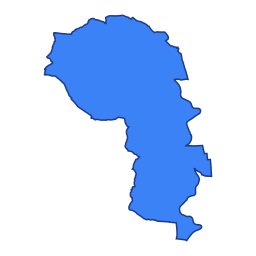 Barbatesti, Gorj, Romania (Natural Earth projection)
{"feature_id": "2599482B4781190450425", "entity_name": "Barbatesti", "entity_type": "district", "adm_level": 2, "iso_a3": "ROU", "parent_name": "Romania", "parent_adm1": "Gorj", "projection": "natural_earth1", "projection_center": [23.486, 44.864], "detail": "fine", "context": "isolated", "style": "filled", "palette": "blue", "viewbox_px": 256, "rotation_deg": 0, "n_neighbors": 0, "source": "geoboundaries", "source_scale": "gbopen_adm2", "svg_char_len": 5736}
<svg xmlns="http://www.w3.org/2000/svg" viewBox="0 0 256 256"><path d="M186.7,240.6L188.7,237.6L192.2,233.3L193.2,232.3L195.6,230.8L197.9,230.0L200.7,228.7L201.1,228.2L201.5,227.4L201.6,226.8L201.6,226.3L201.3,225.8L200.7,225.3L199.9,224.9L196.2,224.5L195.4,224.3L194.4,223.6L193.7,222.7L193.2,221.5L192.7,219.2L192.4,218.3L192.0,217.7L191.2,217.0L189.8,216.3L188.2,216.4L187.5,216.6L186.4,216.4L184.2,215.3L182.0,214.5L181.3,214.0L180.7,213.3L179.9,211.7L179.7,210.9L179.5,209.2L179.5,208.5L179.8,207.4L180.0,206.8L180.6,206.0L183.3,203.5L185.4,201.2L186.9,200.0L187.2,199.1L187.3,198.4L187.8,197.7L189.4,196.6L191.3,195.9L193.5,195.5L194.4,195.2L195.2,194.3L195.5,193.9L195.6,192.9L195.5,189.9L195.5,188.0L196.3,186.2L197.4,184.9L198.2,183.7L199.4,179.7L198.8,177.2L198.3,176.3L196.7,174.0L195.2,171.4L194.7,170.4L194.4,168.6L194.7,168.5L195.3,168.8L195.6,170.0L196.2,170.6L197.0,170.5L197.5,171.1L199.5,171.9L200.2,172.4L201.2,173.3L201.7,174.3L201.8,174.8L204.1,175.4L204.9,176.0L211.5,176.4L211.4,174.7L211.1,169.9L211.1,168.4L210.4,159.5L207.5,159.6L206.9,153.5L204.3,153.5L203.8,150.9L203.3,149.5L203.0,147.5L202.5,145.5L194.6,145.9L186.2,145.7L187.6,144.6L189.1,143.7L189.7,142.6L190.5,141.4L191.2,139.9L191.6,138.0L191.4,135.5L191.0,134.7L190.6,134.4L189.8,132.1L189.1,130.8L187.0,125.4L186.7,124.1L186.7,123.0L187.2,122.0L187.9,121.1L191.8,118.7L197.2,114.8L198.8,114.0L199.7,113.3L200.5,111.7L200.5,110.0L199.6,108.9L198.6,108.4L197.9,108.3L194.5,108.4L193.1,107.7L192.1,106.7L191.0,103.3L189.7,101.8L187.5,100.6L183.0,98.5L182.3,98.1L181.6,97.4L181.0,96.7L180.6,95.2L180.6,93.2L180.9,92.5L180.9,92.0L180.7,90.6L180.3,88.2L179.9,87.0L178.9,85.1L177.8,83.5L174.4,80.0L174.4,79.6L174.6,79.4L176.4,79.3L178.3,79.1L179.9,79.5L180.7,80.0L181.9,79.9L182.6,79.7L186.0,79.2L187.2,79.2L188.0,79.4L185.9,71.6L184.5,67.5L183.1,62.4L182.1,60.0L181.6,57.0L181.3,54.6L181.1,54.0L180.5,53.3L179.1,52.7L178.2,51.4L177.9,51.2L178.6,49.1L178.6,48.6L178.2,48.2L177.0,48.1L177.6,47.4L173.6,46.8L173.4,46.7L173.2,46.4L173.0,46.2L170.4,45.8L168.4,43.6L166.1,41.4L165.7,40.8L167.1,39.9L168.0,39.2L168.3,38.4L168.2,36.9L167.5,35.4L165.8,33.2L164.7,32.1L161.6,32.1L157.2,31.9L155.5,32.2L154.5,32.5L154.4,32.3L153.2,31.6L152.8,31.5L151.6,30.0L151.0,29.5L148.9,26.2L147.7,26.0L147.5,25.8L146.9,24.9L144.4,23.3L143.4,23.0L141.7,22.1L140.3,21.5L138.4,21.3L136.7,20.5L136.0,20.2L132.9,17.5L131.7,18.2L131.1,19.1L130.9,18.8L129.5,18.3L128.2,17.3L125.8,16.6L123.1,15.4L121.7,15.4L120.8,15.5L119.8,15.9L118.8,15.6L117.2,16.0L116.1,15.8L115.1,16.0L113.9,15.8L112.6,15.9L109.7,15.8L108.3,16.2L107.0,16.9L105.9,17.3L105.7,17.5L105.6,18.0L106.1,20.0L105.8,22.0L105.9,23.5L105.7,23.5L105.2,23.3L103.8,22.0L103.2,21.7L101.5,21.4L99.1,20.4L97.7,20.1L96.9,19.7L96.3,19.9L95.5,19.8L94.4,18.9L93.6,18.7L93.0,18.4L90.6,18.9L89.6,19.9L88.8,20.2L88.5,21.1L88.2,21.6L88.1,22.3L87.6,23.6L87.3,23.9L86.2,24.2L85.3,24.9L84.4,25.1L82.4,27.0L81.9,27.2L80.5,27.3L78.8,28.4L77.3,28.7L76.4,29.1L76.0,29.6L75.2,29.6L75.1,30.4L74.4,31.0L73.4,31.3L72.5,31.8L72.4,31.9L72.4,32.4L72.1,32.4L71.6,33.1L71.3,33.9L71.5,34.2L71.3,34.3L71.1,34.2L69.4,34.1L68.9,34.2L67.0,34.1L66.0,33.9L61.7,33.6L54.9,32.7L54.3,32.8L54.5,33.2L53.9,33.3L53.7,33.7L53.7,34.6L53.8,35.2L54.4,35.8L54.5,36.9L54.9,37.7L54.8,38.1L55.1,38.7L55.1,39.6L55.2,40.1L55.0,40.7L55.1,41.2L54.4,41.5L53.8,43.9L53.3,44.7L53.1,45.4L52.3,47.1L52.6,47.4L52.5,48.4L51.0,52.5L50.6,53.1L46.8,57.0L48.0,58.2L49.8,58.5L50.3,58.9L50.4,59.1L50.8,60.6L51.2,61.4L51.5,61.7L52.4,61.9L52.6,63.1L49.7,64.9L49.1,65.1L47.8,65.9L47.2,66.5L46.6,66.8L45.9,67.5L45.4,68.4L44.7,69.0L44.6,69.3L44.7,69.5L45.7,70.0L45.4,70.2L45.2,70.5L44.9,72.1L44.9,73.5L44.5,74.1L44.6,74.3L44.9,74.3L44.9,74.9L47.7,74.8L48.9,75.0L51.7,75.9L52.6,76.1L53.5,75.9L55.0,76.1L56.8,77.2L57.4,78.0L59.0,79.1L60.9,80.8L62.7,82.7L63.8,83.4L64.7,84.8L65.3,86.6L65.9,87.6L66.1,88.8L68.3,93.1L69.0,95.3L69.6,96.1L71.6,98.1L71.6,98.6L71.2,99.0L74.4,102.3L77.9,106.7L91.3,115.7L91.5,116.7L91.5,117.0L91.2,117.2L91.3,117.5L91.3,118.3L92.6,118.1L93.9,118.8L94.1,119.4L95.4,119.8L97.0,119.3L100.2,120.0L101.4,120.1L102.9,120.2L103.8,120.0L106.1,120.2L106.5,120.1L107.0,119.8L108.8,119.7L110.6,119.9L112.3,119.8L114.3,119.3L115.2,119.4L116.6,118.5L117.1,117.8L119.0,117.3L120.7,117.7L122.3,117.8L123.5,118.2L124.6,118.8L124.8,119.3L125.1,122.1L126.0,124.2L127.5,126.5L127.9,126.8L128.8,127.0L127.1,129.2L126.5,130.8L126.4,133.1L127.2,135.4L127.6,138.0L127.0,139.8L126.8,140.8L125.9,142.7L125.5,144.9L125.1,145.8L125.3,147.0L126.3,148.6L126.6,148.8L127.4,149.1L127.8,150.3L128.2,151.0L129.2,151.0L131.4,151.5L132.8,152.3L133.5,153.3L133.7,153.5L135.3,154.3L136.6,154.6L137.2,155.6L138.8,156.7L139.4,157.0L138.9,157.3L138.0,158.3L137.6,159.1L136.1,159.3L135.8,159.5L135.3,160.9L134.4,162.5L133.7,164.4L133.3,165.9L133.3,167.1L133.1,167.9L132.9,168.4L132.3,169.0L133.6,169.6L134.3,170.2L135.9,172.8L136.1,173.7L136.1,174.1L134.9,178.5L134.5,179.3L134.7,180.6L134.4,182.2L134.2,182.4L134.2,182.6L134.4,184.6L134.9,186.5L134.6,186.8L133.9,186.7L132.4,187.1L132.3,188.8L131.9,189.3L131.3,189.4L131.2,190.0L131.2,190.3L131.6,190.8L131.5,191.4L130.7,192.4L130.4,193.2L130.4,194.5L130.3,195.1L130.7,196.6L131.8,197.7L132.2,197.8L132.2,198.1L132.1,199.1L132.5,200.4L132.3,201.0L131.8,201.7L130.3,203.6L129.5,205.5L129.5,205.9L129.0,206.5L129.0,207.4L128.9,208.3L129.5,209.7L130.0,210.0L131.8,210.1L133.8,211.1L135.9,212.4L137.1,213.8L141.7,216.8L142.7,217.8L144.2,218.7L146.3,219.6L146.8,219.7L148.2,219.3L148.6,219.3L149.8,219.9L153.2,219.7L154.7,220.3L155.5,220.0L156.2,220.7L157.8,221.2L169.2,221.9L169.2,222.1L175.5,222.8L176.2,222.7L176.8,228.2L177.1,233.7L177.0,235.8L176.3,238.8L178.9,239.0L184.7,239.8L185.6,240.0L186.7,240.6Z" fill="#3b82f6" stroke="#1e3a8a" stroke-width="1.5"/></svg>